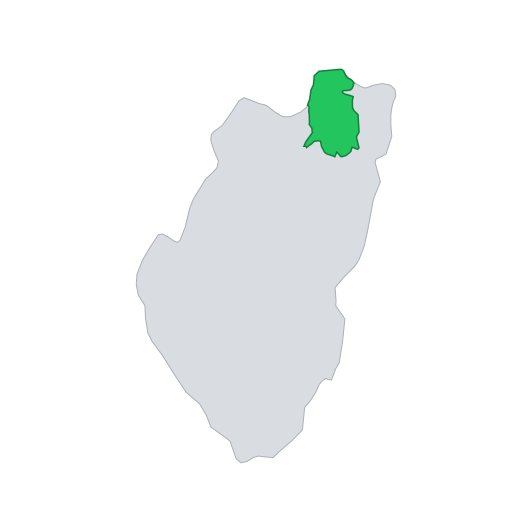 Tashigang on a map of Bhutan (Albers equal-area conic projection), rotated 286°
{"feature_id": "BTN-2493", "entity_name": "Tashigang", "entity_type": "District", "adm_level": 1, "iso_a3": "BTN", "parent_name": "Bhutan", "parent_adm1": "", "projection": "albers", "projection_center": [91.704, 27.241], "detail": "fine", "context": "in_parent", "style": "filled", "palette": "green", "viewbox_px": 512, "rotation_deg": 286, "n_neighbors": 0, "source": "natural_earth", "source_scale": "10m", "svg_char_len": 2596}
<svg xmlns="http://www.w3.org/2000/svg" viewBox="0 0 512 512"><g transform="rotate(286 256 256)"><path d="M403.7,223.1L403.0,226.2L399.6,234.4L397.3,243.3L399.2,250.6L406.8,259.4L417.1,266.3L430.2,266.8L442.2,264.1L447.1,265.2L453.6,276.9L458.3,286.9L452.0,297.4L448.6,306.5L447.4,313.0L448.1,315.8L452.1,321.0L456.6,329.9L457.3,338.1L454.4,343.6L448.2,346.3L441.5,345.5L436.0,345.7L429.2,346.6L418.4,349.7L408.4,353.6L389.7,352.8L382.2,344.7L378.7,344.7L361.6,355.1L343.1,353.2L309.2,356.5L295.1,357.3L280.6,356.0L273.2,353.7L259.7,346.2L247.4,340.7L234.7,345.4L230.3,346.3L220.0,358.8L198.1,362.7L176.2,365.4L169.8,363.7L157.6,362.7L157.1,359.7L157.6,356.9L154.8,354.5L149.8,352.1L141.3,351.0L130.4,347.6L124.1,344.5L101.6,348.5L88.7,341.6L74.1,332.1L66.8,327.9L64.4,313.7L61.8,309.1L56.1,304.1L53.0,298.4L55.8,292.7L70.7,282.2L71.9,279.7L79.2,259.7L88.8,252.6L98.3,242.6L105.6,226.6L119.5,210.3L134.6,193.5L145.1,179.8L151.9,173.5L166.0,166.8L177.7,162.9L185.9,153.7L195.7,148.7L205.7,146.6L220.5,148.0L234.4,151.5L249.6,156.3L251.4,160.0L250.0,166.6L247.7,173.2L247.6,176.7L249.9,178.6L264.9,180.0L283.3,179.1L293.6,180.1L316.5,186.5L323.2,190.8L330.2,194.2L337.0,193.7L345.7,186.6L354.9,180.6L360.6,179.6L364.6,181.6L371.9,187.4L387.0,192.8L400.5,196.9L404.9,200.8L403.4,217.5L403.7,223.1Z" fill="#d9dde1" stroke="#a8b0b8" stroke-width="1"/><path d="M415.2,263.9L421.5,264.4L426.0,263.7L430.8,263.1L436.2,264.0L443.7,262.7L445.2,262.2L451.0,265.7L458.5,285.1L459.0,286.7L458.1,289.1L454.4,292.3L452.7,294.3L452.3,295.6L451.9,298.2L451.5,299.3L450.9,300.4L449.3,302.1L449.0,302.6L448.9,302.6L448.6,302.5L445.2,302.4L444.1,302.2L443.0,301.9L442.1,301.3L441.5,300.8L441.2,300.2L441.0,299.6L440.3,298.2L440.0,297.5L439.4,295.3L439.1,294.6L438.7,294.1L438.1,293.7L437.5,293.8L437.0,294.4L436.3,295.9L436.1,298.0L436.3,300.5L436.1,304.9L436.0,305.4L435.7,305.7L434.0,305.5L430.8,306.1L425.2,307.9L422.7,310.1L420.0,315.1L403.5,320.9L398.1,319.7L388.3,325.2L386.5,324.2L387.2,318.5L387.1,318.4L382.7,318.3L381.1,317.5L380.5,317.0L378.0,315.3L377.6,314.9L377.1,314.4L375.9,312.3L375.0,311.0L375.0,310.4L375.2,309.4L376.5,307.9L378.1,305.0L373.1,304.4L373.4,302.7L373.7,295.8L374.6,293.4L379.3,288.8L384.2,286.4L383.9,284.7L383.9,284.2L383.8,283.7L383.5,283.0L382.8,281.7L382.7,281.2L382.5,280.6L381.9,280.1L378.7,278.2L376.9,276.6L374.1,274.7L375.3,273.5L374.7,271.8L379.4,272.4L390.6,276.3L391.0,275.7L394.0,274.6L394.5,274.1L397.3,270.8L398.6,270.7L405.8,268.5L409.9,266.7L413.2,266.2L414.2,265.8L414.8,265.0L415.1,264.2L415.2,263.9Z" fill="#22c55e" stroke="#15803d" stroke-width="1.5"/></g></svg>